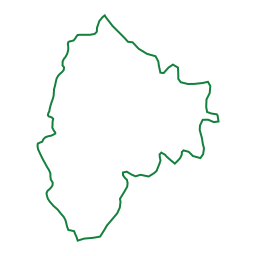 outline of Khotsimsk, Mogilev, Belarus
{"feature_id": "67162791B11584975294724", "entity_name": "Khotsimsk", "entity_type": "district", "adm_level": 2, "iso_a3": "BLR", "parent_name": "Belarus", "parent_adm1": "Mogilev", "projection": "orthographic", "projection_center": [32.434, 53.377], "detail": "fine", "context": "isolated", "style": "outline", "palette": "green", "viewbox_px": 256, "rotation_deg": 0, "n_neighbors": 0, "source": "geoboundaries", "source_scale": "gbopen_adm2", "svg_char_len": 2144}
<svg xmlns="http://www.w3.org/2000/svg" viewBox="0 0 256 256"><path d="M77.7,240.6L84.2,238.6L93.2,237.8L100.1,236.6L104.0,230.5L107.0,225.4L112.1,219.4L117.3,213.2L119.8,207.6L120.5,201.9L120.0,198.8L124.6,191.3L127.2,186.7L127.6,183.0L126.9,179.8L125.1,178.1L123.0,175.2L123.0,172.5L126.8,171.7L131.6,174.6L135.5,176.3L140.5,174.8L148.7,176.5L154.3,173.0L156.6,170.9L159.5,163.6L160.5,160.4L159.8,157.1L159.6,154.4L161.3,152.6L165.1,154.8L166.6,156.6L171.4,160.8L174.8,163.6L177.5,161.0L180.2,158.0L181.7,154.8L181.9,152.0L183.5,150.4L188.7,151.8L192.9,156.0L200.4,158.1L203.1,154.2L204.0,148.5L202.8,143.7L201.9,138.0L199.7,129.9L200.0,125.5L202.7,119.8L208.1,119.7L213.8,122.1L218.5,121.5L217.6,115.5L216.7,114.3L211.3,113.5L207.1,112.0L206.2,106.9L206.5,99.4L209.7,93.1L210.3,86.0L207.9,81.8L202.8,83.0L194.5,83.9L187.9,84.0L180.7,82.2L178.3,78.9L178.3,75.0L178.0,67.6L172.9,64.6L168.5,67.6L163.7,73.0L160.4,72.7L158.9,65.8L158.3,61.4L155.5,56.2L147.1,53.9L138.7,48.8L132.6,42.3L128.0,41.8L124.2,37.6L117.7,31.1L112.6,26.0L106.1,17.6L104.7,15.4L102.1,17.6L100.7,19.5L99.5,20.7L98.4,23.8L97.0,27.8L96.9,31.2L96.4,32.3L94.8,33.8L92.3,34.4L89.9,34.8L86.4,34.8L81.8,34.8L79.8,34.8L77.6,35.0L76.2,36.8L75.5,38.1L73.7,40.4L71.3,41.1L69.6,41.4L68.3,42.1L67.8,44.1L68.2,46.2L68.3,49.2L67.7,52.0L67.1,54.0L65.4,57.1L64.0,58.7L62.7,61.2L62.5,65.3L64.0,67.3L63.8,69.8L62.3,71.8L59.9,73.9L58.2,75.7L56.6,78.6L55.8,81.9L55.0,85.8L54.0,89.3L54.0,89.5L53.7,95.3L53.0,98.3L51.7,101.9L50.6,105.3L49.8,108.4L49.3,111.3L48.3,113.2L47.9,115.2L48.7,116.4L50.3,116.9L51.7,117.4L53.2,118.8L52.6,121.5L52.5,125.5L52.3,127.6L53.9,130.8L55.2,132.4L55.3,133.5L53.3,134.7L51.1,135.7L48.4,136.2L45.5,137.2L43.5,139.1L42.2,141.7L39.7,142.7L37.8,143.6L37.5,146.0L38.1,149.3L39.8,153.0L41.7,157.0L43.8,161.1L44.6,162.4L46.9,166.7L48.9,169.9L50.4,173.3L50.4,176.5L50.8,179.5L52.7,182.6L52.5,185.4L51.1,187.5L49.8,188.9L47.5,190.9L46.5,193.2L46.9,195.7L47.9,198.8L49.8,201.7L53.6,206.0L57.5,209.4L60.6,213.3L63.8,217.0L65.5,220.2L66.5,224.1L67.1,226.7L68.4,230.0L70.6,230.4L74.1,231.2L75.1,233.8L76.5,236.9L77.7,240.6Z" fill="none" stroke="#15803d" stroke-width="2"/></svg>